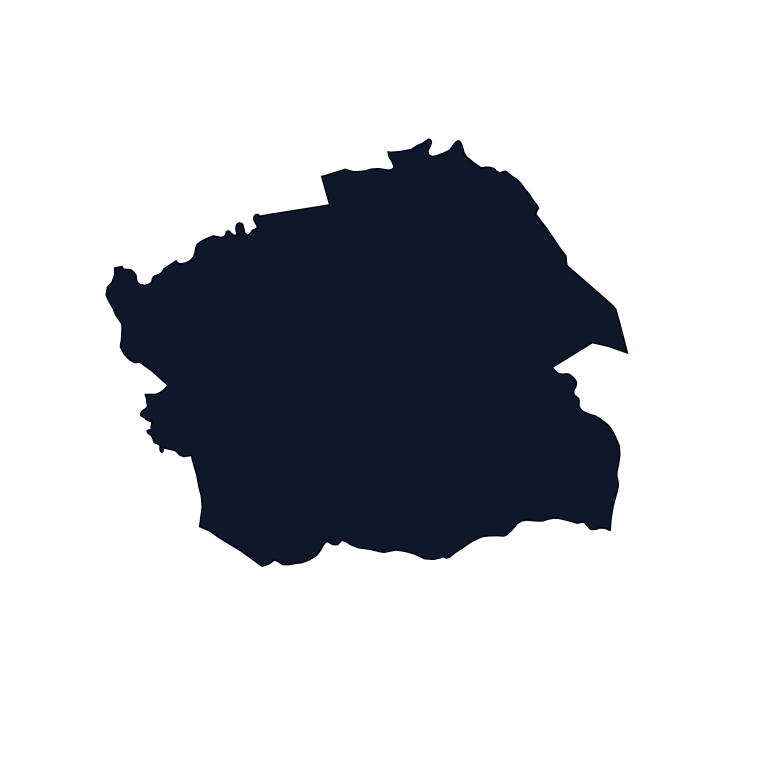 outline of Bim Son, Thanh Hóa, Vietnam, rotated 145°
{"feature_id": "81297802B8967556658808", "entity_name": "Bim Son", "entity_type": "district", "adm_level": 2, "iso_a3": "VNM", "parent_name": "Vietnam", "parent_adm1": "Thanh Hóa", "projection": "natural_earth1", "projection_center": [105.883, 20.088], "detail": "fine", "context": "isolated", "style": "filled", "palette": "ink", "viewbox_px": 768, "rotation_deg": 145, "n_neighbors": 0, "source": "geoboundaries", "source_scale": "gbopen_adm2", "svg_char_len": 4827}
<svg xmlns="http://www.w3.org/2000/svg" viewBox="0 0 768 768"><g transform="rotate(145 384 384)"><path d="M588.4,304.7L581.4,302.6L577.0,302.6L574.7,302.8L572.4,299.1L570.6,294.2L565.7,290.7L560.6,288.3L553.7,284.8L548.8,283.4L545.2,282.8L538.0,282.2L534.4,283.3L530.2,284.7L526.6,286.7L522.8,287.8L520.4,287.5L519.2,284.3L517.9,281.7L514.1,279.1L511.2,279.7L508.1,280.2L505.8,277.3L503.3,271.3L498.4,264.1L490.3,256.8L483.8,249.3L480.5,246.1L475.6,244.0L469.2,241.1L462.5,234.7L456.4,227.2L451.0,217.7L443.9,211.9L438.7,209.8L434.1,208.4L432.8,205.5L429.2,204.6L422.5,205.1L414.8,204.8L402.7,204.7L393.5,203.2L389.6,202.0L385.0,199.4L378.8,195.3L372.9,190.7L369.6,190.1L364.2,190.9L354.9,193.2L349.5,192.9L344.9,190.5L337.4,184.2L332.3,180.7L327.2,179.2L322.0,176.9L318.4,174.2L314.9,170.5L309.7,164.4L305.6,159.2L301.5,157.4L299.0,155.4L299.0,151.7L298.0,146.2L294.1,143.6L290.0,142.4L285.4,138.9L283.6,135.4L282.7,134.5L276.2,142.3L270.7,148.2L266.6,152.3L260.2,157.7L254.5,162.5L251.0,165.7L248.1,170.1L245.9,175.5L243.3,178.8L237.9,183.8L231.5,190.7L228.4,195.7L226.7,198.8L224.3,210.1L223.7,218.0L224.2,222.7L227.2,232.2L229.4,236.8L232.1,239.9L235.2,244.7L237.0,247.8L237.5,251.1L236.7,254.5L233.9,258.1L233.0,260.2L233.8,263.8L234.5,266.0L233.5,268.3L231.7,270.4L229.2,271.3L227.9,272.3L226.1,274.0L225.3,275.5L225.0,277.3L225.1,279.9L225.7,282.4L226.2,284.5L227.4,286.6L229.9,288.4L231.8,289.3L234.4,291.7L235.8,294.3L236.6,299.9L236.6,301.1L189.5,298.4L178.3,285.9L166.8,269.8L155.8,299.4L151.2,312.4L152.1,318.9L160.8,354.3L164.6,369.6L165.7,373.7L165.8,374.3L165.8,377.1L164.1,380.2L161.5,384.5L162.0,393.4L161.8,403.9L161.7,413.6L161.6,418.0L162.3,436.2L161.9,436.5L158.8,438.5L156.6,439.3L156.1,441.7L156.6,450.7L156.2,454.8L156.4,459.1L156.8,463.2L156.8,466.4L156.8,469.2L158.0,475.8L160.1,480.8L161.2,485.2L161.8,487.0L162.3,488.3L163.7,489.3L166.7,490.0L168.4,490.6L169.1,492.2L170.0,494.0L170.0,495.9L170.6,497.6L171.6,499.0L173.5,501.2L175.4,502.5L176.5,503.4L178.6,504.1L180.5,505.5L182.0,509.1L183.8,514.2L184.9,518.5L186.2,522.7L185.8,527.9L184.7,530.7L183.4,534.0L183.0,536.1L182.9,538.3L183.0,539.8L183.6,540.6L184.4,540.9L186.7,540.9L192.5,539.0L195.6,538.1L197.2,538.0L202.8,538.9L210.8,541.0L214.2,542.8L215.1,544.4L215.7,546.2L215.0,549.0L213.6,550.5L209.6,552.3L207.0,554.4L206.1,555.4L205.9,556.5L206.0,557.8L206.0,558.1L207.1,558.9L211.6,559.0L214.7,559.0L220.0,560.2L227.0,560.4L236.9,564.8L245.6,569.9L247.4,571.7L249.0,568.9L249.7,566.4L249.7,562.8L250.0,560.8L250.9,556.9L251.5,555.6L254.0,555.1L257.3,556.3L264.9,563.4L270.8,567.1L277.1,569.2L284.1,573.1L287.9,575.9L292.6,582.1L313.0,588.5L316.0,589.8L325.7,561.9L341.1,569.3L380.3,588.4L382.5,589.4L389.9,592.8L389.6,594.4L389.8,595.1L391.8,596.2L393.8,595.9L395.5,594.7L396.6,592.6L397.0,589.7L397.2,586.8L397.8,585.3L399.0,584.5L400.9,584.7L403.5,585.3L405.3,584.7L408.2,583.8L410.5,584.0L411.4,587.9L410.7,589.2L409.2,593.2L408.3,595.6L408.6,597.2L409.9,598.9L411.8,599.3L412.3,599.1L413.9,598.6L416.0,596.5L417.6,593.5L418.3,591.2L419.0,590.7L420.0,590.8L421.5,591.7L422.5,594.2L423.0,597.1L423.3,598.3L424.0,598.8L425.7,599.1L427.5,597.4L429.2,596.7L430.4,596.7L431.8,596.8L434.3,598.1L435.9,600.2L437.6,601.7L438.5,602.9L439.2,603.3L441.1,603.6L447.3,605.1L452.9,605.7L456.9,605.6L460.2,603.4L463.7,599.7L466.5,597.7L468.3,597.0L470.7,596.4L472.7,596.3L476.8,596.8L479.1,597.7L482.1,599.3L483.2,600.9L483.6,602.5L483.7,604.1L498.2,604.5L501.2,603.0L502.8,602.8L505.7,602.8L508.4,603.6L509.8,604.1L511.3,604.1L513.2,603.2L515.3,601.0L517.8,600.4L520.1,600.8L523.6,602.0L525.2,603.9L526.8,605.4L527.5,607.4L527.5,608.8L527.2,611.1L525.5,613.8L524.8,615.4L524.8,618.2L525.2,620.5L525.9,622.6L527.1,623.9L529.0,625.4L530.8,626.7L531.6,627.8L531.2,630.5L538.0,633.5L541.6,628.2L548.2,623.4L555.1,621.8L560.5,616.3L561.7,610.6L562.0,607.5L562.5,601.3L563.3,598.2L564.2,593.6L564.2,583.4L568.7,577.0L574.0,570.3L576.9,567.7L578.7,565.3L579.7,557.2L578.6,550.0L576.7,545.8L574.9,543.7L571.7,542.3L566.9,528.9L561.7,507.0L567.7,505.4L572.4,505.4L576.4,506.1L580.6,508.9L585.6,512.3L586.9,508.2L588.3,505.8L589.8,502.3L591.5,500.8L593.7,500.6L598.3,500.4L600.4,499.1L601.3,498.1L601.1,497.1L600.2,495.1L599.7,494.3L599.2,493.6L599.2,491.9L599.2,491.2L598.6,490.3L598.1,489.0L596.6,487.4L595.9,486.5L596.0,485.9L596.8,484.8L598.1,483.7L599.3,482.5L600.3,480.5L601.1,480.2L603.3,481.3L605.0,481.4L605.4,480.6L605.4,479.2L604.8,477.3L604.3,475.3L604.3,473.3L605.8,467.8L605.2,466.6L603.3,463.9L602.8,461.9L604.9,459.1L605.6,456.9L605.1,455.4L603.7,455.7L602.8,456.5L600.9,457.8L597.4,453.9L593.9,450.2L592.8,448.1L592.1,443.0L589.6,439.4L582.6,435.9L584.3,432.0L587.0,424.5L589.3,417.4L594.3,406.4L598.0,396.8L603.4,387.5L616.8,372.9L611.4,364.3L606.8,351.9L596.7,328.7L588.4,304.7Z" fill="#0f172a" stroke="#020617" stroke-width="1.5"/></g></svg>